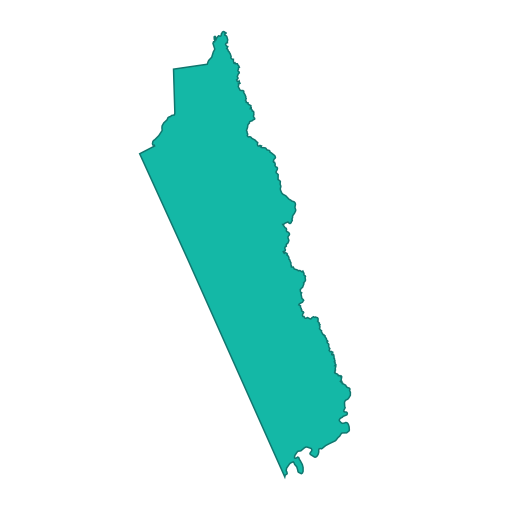 outline of Vila Rica, Mato Grosso, Brazil, rotated 242°
{"feature_id": "56859067B13975352293553", "entity_name": "Vila Rica", "entity_type": "district", "adm_level": 2, "iso_a3": "BRA", "parent_name": "Brazil", "parent_adm1": "Mato Grosso", "projection": "mercator", "projection_center": [-51.45, -10.016], "detail": "fine", "context": "isolated", "style": "filled", "palette": "teal", "viewbox_px": 512, "rotation_deg": 242, "n_neighbors": 0, "source": "geoboundaries", "source_scale": "gbopen_adm2", "svg_char_len": 6069}
<svg xmlns="http://www.w3.org/2000/svg" viewBox="0 0 512 512"><g transform="rotate(242 256 256)"><path d="M285.4,194.2L47.4,177.7L48.8,178.9L49.0,181.0L49.5,181.5L51.0,181.9L52.2,181.8L54.3,183.4L56.7,188.0L57.0,189.3L56.8,192.2L55.8,192.5L53.7,192.3L50.7,193.0L47.6,192.4L46.0,191.9L45.2,191.9L42.5,193.8L42.6,195.1L43.8,196.5L47.2,198.3L50.1,199.0L54.8,199.0L55.7,198.8L58.0,199.1L58.9,198.4L58.7,197.3L58.8,196.0L59.6,195.2L61.2,196.2L61.7,196.8L63.5,200.1L63.9,201.4L62.9,204.1L63.9,208.8L63.9,210.4L63.3,211.4L60.1,214.4L58.5,214.3L57.6,213.3L57.0,211.9L56.4,211.0L55.3,210.8L50.9,213.3L50.5,214.0L50.4,215.0L50.8,216.3L51.9,218.0L53.5,219.4L55.3,220.3L56.0,221.0L55.9,222.3L55.0,223.3L55.0,224.0L55.9,228.6L55.9,232.4L55.6,239.3L55.8,240.1L57.2,243.2L57.6,245.2L58.9,247.4L59.3,248.5L59.1,249.4L57.3,253.0L57.9,256.1L58.5,256.7L61.4,258.0L64.0,258.5L65.6,258.3L66.4,257.7L66.9,257.0L67.0,255.4L67.8,253.6L68.8,252.9L71.1,252.3L71.9,252.4L72.4,252.8L73.1,254.2L73.1,256.6L73.5,257.6L73.1,261.6L73.8,262.6L75.0,262.9L75.8,262.5L76.6,261.2L77.4,260.6L78.6,261.2L80.2,263.5L81.3,263.6L84.8,265.2L85.8,265.9L86.2,266.7L86.6,267.7L86.5,269.8L87.1,271.3L88.7,273.9L91.4,275.4L93.2,275.4L94.4,276.5L95.5,276.4L96.4,275.5L97.9,274.5L99.8,274.5L102.1,273.0L102.8,272.3L103.3,272.8L104.8,271.9L105.6,271.7L105.3,272.9L106.2,272.7L109.1,275.0L110.0,274.9L109.8,274.1L110.9,274.1L111.7,272.5L112.7,272.7L113.7,272.3L115.4,270.8L116.2,270.7L116.5,271.5L117.4,271.5L118.0,272.7L119.0,272.8L121.4,274.9L122.1,274.1L122.6,275.5L124.1,275.3L125.0,275.9L125.8,275.5L126.3,276.5L127.7,276.7L128.6,277.1L129.3,276.8L129.9,277.4L132.1,278.2L132.9,278.1L132.8,277.0L133.4,276.6L134.3,277.2L135.0,278.6L136.6,277.5L136.6,276.6L138.3,276.2L139.7,277.8L140.7,277.5L142.6,277.9L143.3,278.6L144.2,278.8L145.8,278.2L146.9,278.4L147.1,279.4L149.1,278.9L150.1,279.4L152.1,279.0L153.1,279.5L153.9,278.7L154.6,279.0L155.4,278.2L156.5,278.3L158.1,278.1L159.3,278.8L160.2,278.3L162.0,277.9L162.6,278.6L163.9,279.4L164.7,279.3L165.4,280.3L166.3,279.8L167.0,280.4L169.5,279.8L170.0,280.6L171.6,281.4L172.7,281.3L173.3,280.5L174.1,280.1L174.1,279.2L175.4,278.2L175.2,276.1L174.7,275.2L175.0,274.3L177.5,272.6L177.5,271.0L177.9,270.3L178.9,269.8L180.0,270.0L180.7,269.0L181.9,269.2L183.0,270.2L183.6,271.5L184.5,271.6L185.3,270.9L186.2,270.5L186.8,271.1L187.7,271.0L188.4,271.3L189.9,271.2L191.1,271.9L192.8,270.8L193.4,271.8L193.4,275.4L193.9,276.1L194.5,277.3L195.5,277.2L196.9,276.6L201.6,278.0L202.0,279.0L202.8,278.5L204.0,278.6L205.7,279.4L205.8,280.2L206.3,281.0L206.4,282.3L209.0,285.3L209.9,285.3L210.6,287.3L211.5,288.4L214.3,289.4L214.7,290.1L215.5,290.1L216.3,289.5L217.4,289.7L218.1,290.2L220.7,290.3L220.4,289.2L222.6,287.9L223.1,286.4L223.9,286.2L225.1,285.2L226.5,283.7L228.8,283.7L229.2,282.6L229.9,282.1L230.7,282.7L231.8,282.7L233.8,283.7L234.9,283.6L236.8,284.0L237.6,283.6L239.5,284.4L241.3,284.3L242.4,283.8L243.0,284.6L244.0,284.4L245.4,283.2L245.1,282.3L246.0,282.0L247.1,282.1L246.9,284.2L247.7,284.9L249.4,285.0L250.2,285.8L250.4,287.4L251.4,287.7L252.3,288.7L252.2,289.5L252.5,290.3L254.1,292.2L254.9,292.5L256.8,292.7L257.7,293.1L258.2,293.6L258.9,295.2L259.6,295.9L260.7,296.0L262.3,295.4L263.0,294.7L264.0,294.6L265.0,295.4L266.2,295.7L267.4,294.9L271.3,294.5L271.0,295.3L271.4,297.5L271.1,298.8L271.2,299.7L270.8,300.3L269.2,300.7L268.7,301.3L268.9,302.7L269.6,303.3L270.1,304.4L270.6,304.9L271.8,305.1L272.7,306.3L273.9,306.9L274.5,307.6L275.6,309.9L277.2,312.1L278.0,312.7L280.7,313.2L282.9,315.0L284.0,315.4L285.0,315.4L286.1,315.0L288.0,313.2L289.1,312.9L290.1,312.1L290.9,311.7L295.1,310.6L298.0,308.7L299.7,308.3L302.9,308.6L304.4,309.3L305.4,310.4L306.3,310.8L308.0,311.0L310.4,312.5L311.1,312.4L313.2,311.4L317.5,313.8L320.1,312.9L321.0,313.3L322.4,315.4L323.5,316.2L324.4,316.2L325.0,315.5L327.0,315.2L328.1,316.1L330.1,316.4L330.5,315.6L331.3,315.6L332.9,317.2L333.4,318.9L334.0,319.5L335.8,319.7L340.0,317.9L341.1,317.1L342.0,317.5L343.0,317.2L344.4,315.6L346.8,315.2L347.8,314.0L348.9,312.1L350.0,311.4L350.6,312.5L351.8,311.4L351.6,310.6L351.8,309.9L352.6,309.3L354.0,309.7L355.4,310.8L357.0,310.0L358.0,309.9L359.0,309.5L361.8,307.6L363.3,307.3L364.2,306.6L364.7,305.2L365.6,304.8L366.4,304.8L367.0,305.6L368.0,306.0L368.8,305.9L369.7,306.4L371.3,306.5L373.4,308.8L375.5,310.3L376.0,311.1L376.4,312.5L377.1,312.9L377.6,313.5L377.2,316.4L377.6,317.7L377.4,318.9L378.2,319.5L379.1,319.2L380.1,319.2L381.1,319.7L381.8,320.5L382.6,320.7L383.4,321.3L384.9,321.7L385.6,320.8L386.7,321.1L387.9,320.8L388.9,321.3L389.0,320.4L390.3,321.6L391.2,322.1L393.1,320.7L394.0,320.4L395.0,320.9L396.2,319.5L397.3,320.0L398.4,319.8L399.6,321.3L400.6,321.2L401.4,321.8L403.5,322.0L406.3,321.9L407.2,322.6L408.3,322.1L408.9,320.8L409.8,319.8L413.9,319.8L414.9,320.8L416.3,321.3L415.9,322.2L416.0,323.0L417.1,322.9L418.5,323.3L418.3,322.3L418.7,321.5L420.7,321.6L420.9,322.7L421.5,323.7L423.1,323.6L425.0,325.7L425.5,327.2L426.4,327.5L427.3,327.0L428.3,327.0L429.2,328.2L430.7,329.1L430.5,329.9L432.3,330.0L433.1,329.7L434.5,329.8L435.6,327.9L436.5,328.2L436.7,327.1L438.6,327.5L440.3,328.4L440.8,327.4L442.9,326.8L443.8,327.7L446.9,328.2L447.9,328.0L448.6,328.2L450.0,327.7L451.0,328.0L452.1,327.9L452.9,327.5L453.4,328.5L454.2,329.4L454.9,328.6L457.0,328.4L457.6,328.9L458.0,330.0L457.7,330.9L458.7,331.3L460.1,332.5L463.2,333.2L464.0,333.2L464.8,332.8L465.7,332.1L466.7,332.7L466.6,333.6L466.9,334.3L467.6,334.1L468.2,333.3L469.0,333.2L469.5,332.6L469.5,331.5L468.9,330.7L468.6,329.9L466.9,328.6L466.8,327.6L468.0,326.4L467.0,323.7L465.9,322.3L467.5,322.2L468.5,323.1L469.2,322.9L469.1,321.9L466.9,320.9L465.5,320.8L464.6,320.0L465.1,319.1L463.9,317.8L458.3,316.8L457.7,316.4L456.3,314.2L452.3,310.2L451.0,306.3L450.3,305.2L448.2,303.0L459.7,270.9L420.6,251.6L419.5,250.8L418.9,250.0L419.7,247.4L419.3,246.0L419.6,244.8L419.5,243.3L418.0,241.4L416.8,237.0L414.9,234.1L413.1,233.0L410.9,232.1L407.9,226.7L406.2,221.2L406.1,219.9L405.6,218.8L403.8,217.3L402.5,217.0L401.6,218.2L400.7,218.1L400.9,201.3L285.4,194.2Z" fill="#14b8a6" stroke="#0f766e" stroke-width="1.5"/></g></svg>